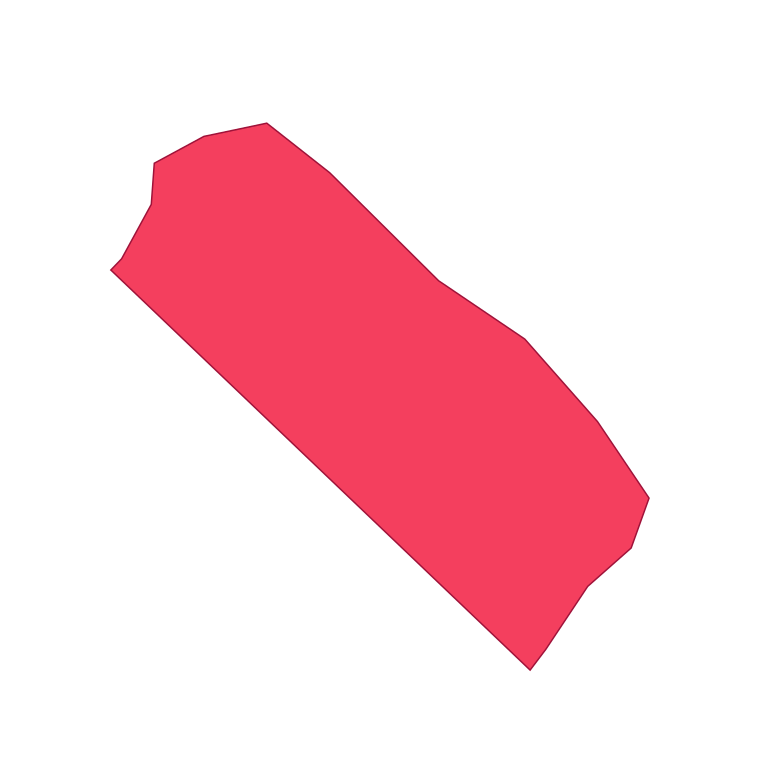 an SVG outline of Dundee, rotated 52°
{"feature_id": "GBR-2020", "entity_name": "Dundee", "entity_type": "Unitary District (city)", "adm_level": 1, "iso_a3": "GBR", "parent_name": "United Kingdom", "parent_adm1": "", "projection": "mercator", "projection_center": [-2.949, 56.485], "detail": "fine", "context": "isolated", "style": "filled", "palette": "rose", "viewbox_px": 768, "rotation_deg": 52, "n_neighbors": 0, "source": "natural_earth", "source_scale": "10m", "svg_char_len": 359}
<svg xmlns="http://www.w3.org/2000/svg" viewBox="0 0 768 768"><g transform="rotate(52 384 384)"><path d="M699.4,445.0L126.0,529.1L123.8,513.7L99.2,456.8L68.6,429.1L78.0,373.5L106.3,315.8L184.2,296.7L336.3,277.4L435.3,245.4L545.0,238.9L637.1,245.4L665.4,290.2L668.9,348.1L692.7,419.8L699.4,445.0Z" fill="#f43f5e" stroke="#9f1239" stroke-width="1.5"/></g></svg>